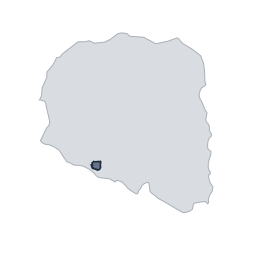 Vichadero, Rivera, Uruguay (highlighted), rotated 167°
{"feature_id": "84410073B89841560148342", "entity_name": "Vichadero", "entity_type": "district", "adm_level": 2, "iso_a3": "URY", "parent_name": "Uruguay", "parent_adm1": "Rivera", "projection": "mercator", "projection_center": [-54.498, -31.798], "detail": "fine", "context": "in_parent", "style": "filled", "palette": "slate", "viewbox_px": 256, "rotation_deg": 167, "n_neighbors": 0, "source": "geoboundaries", "source_scale": "gbopen_adm2", "svg_char_len": 3459}
<svg xmlns="http://www.w3.org/2000/svg" viewBox="0 0 256 256"><g transform="rotate(167 128 128)"><path d="M208.1,175.3L206.5,176.8L204.7,179.6L202.7,186.3L195.7,195.7L194.3,200.9L186.9,206.4L181.6,212.6L178.2,212.5L175.1,215.1L157.2,223.2L150.8,221.7L146.1,221.7L141.7,218.2L131.6,216.9L125.3,218.3L116.8,222.2L114.3,222.2L112.4,222.0L107.9,220.3L105.4,216.9L92.3,212.9L81.9,203.8L69.5,203.6L60.0,204.8L58.5,203.6L57.6,201.3L55.6,198.0L47.4,190.0L41.0,182.1L39.8,174.4L40.6,166.0L42.6,156.1L42.2,153.0L44.6,151.3L46.9,150.9L49.2,148.4L51.2,144.5L51.6,141.6L50.0,136.2L48.9,128.7L47.6,124.9L50.2,119.0L50.3,116.2L48.8,113.7L48.4,111.1L49.1,108.4L49.0,105.9L48.0,103.4L48.7,101.4L51.1,99.8L52.9,97.4L54.1,94.1L54.7,91.6L54.7,89.8L54.0,88.2L52.5,86.7L53.2,83.6L56.0,79.1L57.9,75.0L58.7,71.5L58.6,68.7L57.7,66.5L58.1,65.0L59.8,64.3L60.6,62.0L60.3,56.3L58.5,51.6L59.9,47.9L63.9,43.7L65.9,40.2L66.1,37.6L67.3,36.1L69.2,38.9L74.8,39.7L80.4,39.8L81.3,39.1L83.5,34.4L86.4,33.1L89.6,32.8L93.1,33.0L96.8,36.1L107.2,46.1L114.9,53.1L117.2,56.4L119.3,58.8L120.8,61.1L120.1,67.1L120.2,69.8L120.6,70.5L122.3,70.6L124.9,70.1L127.1,68.9L128.8,66.9L130.5,65.4L131.9,64.5L132.4,63.3L133.1,62.0L133.9,61.7L135.5,62.6L139.0,66.1L141.8,69.2L142.5,71.1L143.6,72.9L144.7,74.6L145.5,76.2L148.2,78.3L150.9,79.6L152.8,78.3L157.4,82.6L167.7,86.3L169.6,88.5L171.3,91.7L174.9,96.4L179.9,100.7L183.9,102.6L187.7,103.6L189.8,104.5L191.3,106.2L193.6,108.0L195.1,108.6L195.6,110.2L197.1,113.7L198.7,118.1L200.4,122.2L204.2,126.2L208.4,129.2L212.7,131.0L215.2,133.2L216.2,135.4L213.3,138.7L210.1,142.9L207.3,146.2L204.4,148.5L203.4,150.1L202.8,152.6L202.8,165.7L202.6,170.6L202.8,171.9L203.2,172.7L205.0,174.0L207.2,175.1L208.1,175.3Z" fill="#d9dde1" stroke="#a8b0b8" stroke-width="1"/><path d="M171.0,96.3L170.9,96.2L170.6,96.2L170.4,96.1L170.2,96.1L169.8,95.6L169.5,95.6L169.4,95.4L169.1,95.1L168.9,95.1L168.7,95.1L168.5,94.9L168.3,94.9L168.3,95.0L167.9,94.8L167.9,94.6L167.5,94.3L167.5,94.2L167.5,93.9L167.2,93.8L166.9,94.1L166.1,94.0L165.9,94.0L165.6,94.0L165.6,93.9L165.4,94.0L165.2,94.1L164.6,94.4L164.5,94.7L163.6,95.5L163.5,95.9L163.4,96.9L163.6,97.1L163.4,97.6L163.4,97.9L163.3,98.1L163.3,98.4L163.3,98.5L162.9,98.9L162.9,99.2L162.8,99.7L162.5,100.0L162.6,100.4L162.2,100.9L162.1,101.1L162.3,101.4L162.4,101.6L162.5,101.8L162.8,101.7L163.1,101.5L163.8,101.6L163.8,101.9L163.9,102.0L164.2,101.9L164.4,102.1L164.5,102.1L164.8,102.1L165.1,102.2L165.3,102.1L165.6,102.2L165.8,102.1L166.0,102.1L166.3,102.2L166.6,102.4L167.0,102.4L167.3,102.5L167.7,102.6L167.9,102.6L168.1,102.6L168.5,102.8L168.9,103.2L169.1,103.2L169.4,102.9L169.6,102.7L170.1,102.5L170.2,102.4L170.3,102.3L170.3,102.2L170.5,101.9L170.7,102.0L170.7,101.9L170.8,101.9L170.9,101.7L170.9,101.4L170.9,101.2L170.9,101.3L171.0,101.3L171.1,101.2L171.1,100.9L171.3,100.9L171.2,100.9L171.2,100.7L171.3,100.7L171.5,100.6L171.4,100.6L171.2,100.6L171.1,100.4L171.3,100.3L171.4,100.2L171.5,100.2L171.8,100.2L171.7,100.1L171.8,100.1L171.8,99.9L171.7,99.9L171.8,99.9L171.7,99.8L171.8,99.8L171.9,99.7L171.8,99.4L171.8,99.2L172.0,99.0L172.0,98.9L171.9,98.9L172.0,98.9L172.1,98.7L171.9,98.5L171.9,98.4L172.0,98.4L172.0,98.2L172.0,97.9L171.9,97.8L171.8,98.0L171.7,98.0L171.7,97.9L171.8,97.7L171.8,97.4L171.7,97.4L171.4,97.3L171.4,97.2L171.5,97.0L171.5,96.9L171.5,97.0L171.4,97.0L171.4,96.9L171.5,96.9L171.4,96.9L171.5,96.8L171.6,96.7L171.4,96.5L171.3,96.4L171.2,96.4L171.0,96.3Z" fill="#64748b" stroke="#1e293b" stroke-width="1.5"/></g></svg>